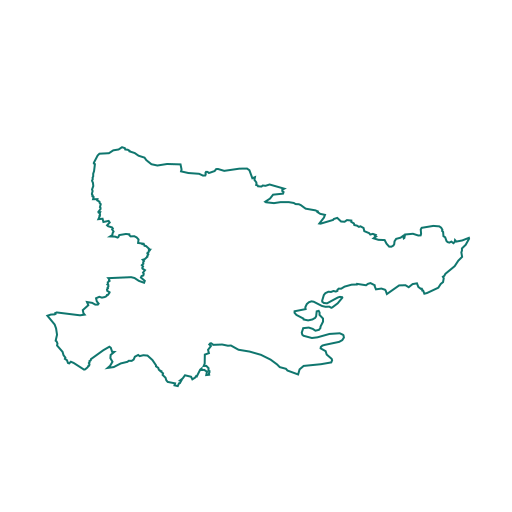 outline of Skedsmo nor, Akershus, Norway, rotated 354°
{"feature_id": "86288312B89021281635202", "entity_name": "Skedsmo nor", "entity_type": "district", "adm_level": 2, "iso_a3": "NOR", "parent_name": "Norway", "parent_adm1": "Akershus", "projection": "robinson", "projection_center": [11.011, 59.991], "detail": "fine", "context": "isolated", "style": "outline", "palette": "teal", "viewbox_px": 512, "rotation_deg": 354, "n_neighbors": 0, "source": "geoboundaries", "source_scale": "gbopen_adm2", "svg_char_len": 6111}
<svg xmlns="http://www.w3.org/2000/svg" viewBox="0 0 512 512"><g transform="rotate(354 256 256)"><path d="M285.5,378.2L287.5,373.3L291.9,370.3L309.3,370.4L319.7,369.7L320.8,367.7L320.5,366.2L316.0,361.4L315.3,357.9L310.6,354.6L311.0,353.2L312.7,352.0L315.1,351.6L329.7,350.1L333.0,348.7L334.9,346.3L334.7,344.0L334.2,343.4L331.2,341.6L320.9,341.2L308.6,343.3L303.0,343.4L294.9,340.3L293.8,339.1L293.5,337.0L295.4,332.7L301.0,332.7L304.8,334.4L307.3,336.5L310.9,336.0L312.5,334.4L312.8,332.9L315.8,328.3L316.1,325.2L313.0,321.2L313.3,318.9L312.6,317.1L310.6,317.4L309.5,322.2L308.4,323.7L305.5,325.0L301.1,325.5L296.7,324.1L296.6,323.2L290.0,318.8L288.4,316.5L288.6,315.0L299.8,314.0L299.7,312.1L301.5,309.1L303.8,307.5L306.4,306.9L308.6,307.5L316.4,312.6L319.9,313.8L323.5,314.0L325.5,315.4L326.5,315.1L332.3,311.6L337.5,306.5L337.4,306.0L335.2,305.4L333.1,305.8L321.7,310.5L318.5,309.8L317.1,308.4L317.1,307.4L319.4,301.9L321.1,300.2L324.3,299.1L326.8,299.6L329.4,298.9L331.7,299.7L333.3,299.2L333.5,298.1L334.9,297.1L337.3,297.4L340.9,295.7L348.1,294.5L353.4,294.9L353.6,294.3L362.4,296.6L364.4,295.4L367.0,294.9L371.0,297.5L370.9,298.5L371.8,301.7L377.3,301.5L380.7,303.0L381.3,303.8L382.2,307.5L395.3,300.2L401.6,300.7L404.6,303.0L408.8,300.3L413.2,300.0L414.2,303.7L416.5,305.9L417.4,305.8L417.9,306.7L417.7,307.7L418.7,308.1L419.5,311.1L422.2,310.7L434.0,306.6L436.8,303.1L439.3,301.5L440.4,297.7L439.7,296.2L441.2,295.4L442.5,293.5L452.5,286.9L456.7,281.8L460.9,278.4L460.6,273.9L461.4,272.1L461.6,270.0L465.7,266.8L469.7,261.1L469.6,260.2L462.7,262.1L456.8,262.6L455.6,261.0L455.1,262.8L453.7,263.9L451.8,262.1L449.7,262.9L448.0,262.2L447.0,261.0L446.1,257.2L444.5,255.9L444.6,251.6L443.7,250.5L444.1,249.4L443.1,247.2L441.4,245.7L435.5,244.6L423.7,245.3L422.6,246.9L422.5,251.2L421.9,252.7L419.6,252.6L414.4,250.3L406.5,250.2L405.4,253.6L404.8,253.9L404.5,251.3L401.7,252.9L397.2,253.6L395.3,255.9L394.7,258.7L393.7,260.0L391.6,260.9L389.4,260.6L387.1,257.4L385.6,253.6L379.4,252.7L374.8,250.7L377.5,249.1L376.4,248.3L377.2,247.5L374.5,246.2L371.9,246.6L370.9,245.1L366.3,242.6L365.9,239.4L363.0,237.4L361.4,237.8L359.5,236.3L357.0,235.5L356.8,233.9L354.3,232.0L354.5,230.7L350.2,229.8L347.7,231.2L344.2,230.6L340.8,226.6L337.3,227.3L336.4,228.2L323.6,230.6L322.4,230.3L327.6,224.9L328.9,222.3L324.3,220.8L321.7,218.7L322.1,218.1L319.8,216.8L310.3,214.1L305.8,210.0L304.0,209.0L300.8,208.5L299.1,207.2L294.4,205.9L285.8,205.0L279.4,205.3L271.5,203.6L270.8,203.0L275.9,200.4L279.4,196.8L289.4,196.8L290.1,195.3L288.9,194.1L289.1,192.8L291.1,192.0L277.0,186.3L272.8,187.2L270.1,186.6L268.7,187.5L265.3,186.9L265.0,186.0L263.6,185.4L264.1,183.8L264.0,182.8L262.4,180.1L263.2,177.5L260.5,178.3L258.4,170.0L256.2,168.1L248.6,167.4L233.3,168.0L227.3,165.5L225.5,165.4L223.7,167.2L219.0,168.3L217.8,168.5L216.6,167.3L215.1,167.1L214.4,168.1L214.6,169.3L214.0,170.6L211.7,170.5L208.0,168.3L197.4,166.4L190.3,164.0L191.0,162.1L190.5,157.0L177.2,155.2L167.4,155.7L161.6,153.8L157.0,149.3L155.4,146.5L149.7,144.0L146.1,140.9L141.1,138.7L141.2,138.1L139.5,136.9L137.1,136.4L136.8,135.0L134.1,133.8L130.5,135.7L125.1,136.0L120.5,138.4L111.0,137.9L109.0,139.5L104.5,146.3L104.4,147.0L105.4,147.8L103.8,154.7L102.7,157.1L102.4,159.8L101.6,161.2L101.7,162.4L100.8,164.0L101.5,166.2L101.5,169.4L99.9,172.7L100.3,174.3L99.3,177.0L99.3,177.9L100.0,178.6L99.6,179.6L100.7,180.4L99.9,182.5L104.3,182.9L103.9,184.1L106.0,185.6L106.0,186.8L107.0,188.2L105.9,191.1L106.4,191.8L106.3,193.0L103.8,195.7L104.0,196.3L105.6,196.2L105.0,197.6L105.2,198.8L104.5,199.7L104.8,200.0L103.1,202.9L107.3,202.9L107.8,206.2L113.1,205.7L114.0,207.4L111.1,209.9L112.0,210.9L115.8,212.5L116.5,213.7L115.7,214.5L116.9,216.8L115.8,218.3L115.3,220.2L113.0,221.3L117.9,222.0L120.2,223.2L121.0,222.9L122.2,220.9L128.9,220.5L132.3,221.2L132.3,222.2L133.4,223.4L137.0,223.6L139.2,225.0L140.9,227.3L140.1,230.7L144.9,231.9L144.6,232.4L145.9,232.7L146.2,234.2L147.7,234.6L149.9,237.1L150.4,237.7L150.2,238.3L151.0,238.5L150.5,238.8L150.8,239.4L150.0,239.8L149.4,241.3L148.5,241.4L148.2,242.2L149.0,243.2L147.7,244.9L147.9,245.4L145.0,247.5L143.0,247.9L144.1,249.3L143.1,250.4L143.2,251.9L141.5,253.2L142.6,254.6L141.6,256.0L141.9,256.8L144.1,258.5L141.9,260.7L142.5,262.0L141.9,263.6L140.1,264.0L139.3,265.4L142.8,269.1L141.9,270.9L136.9,268.5L132.9,265.2L129.6,264.0L106.8,262.6L107.6,263.8L107.2,264.9L107.7,265.5L105.8,266.7L105.8,268.3L105.3,268.8L106.1,269.3L106.0,271.0L105.1,271.9L105.4,272.7L104.3,273.6L104.4,275.1L106.6,276.8L106.3,277.4L104.7,279.2L103.7,279.2L103.1,280.3L101.3,281.0L98.4,281.3L95.9,280.2L92.5,281.3L92.9,284.4L94.5,286.9L93.6,287.8L91.0,287.5L88.2,285.5L83.1,284.1L84.1,287.4L78.1,291.7L78.4,294.9L79.4,296.4L74.8,296.6L51.9,291.3L50.4,291.8L50.6,292.6L49.7,293.0L45.9,292.8L42.3,293.6L48.6,303.1L49.6,307.1L49.9,313.5L47.9,319.3L48.8,320.2L49.4,322.3L48.8,324.2L53.6,331.1L54.2,334.5L55.8,337.2L55.2,338.3L57.1,339.9L57.8,342.7L59.0,343.3L60.8,341.8L63.5,343.3L73.1,351.0L74.2,350.9L76.9,349.1L77.9,347.6L78.6,347.6L79.1,346.2L78.6,345.0L79.4,344.2L79.4,343.1L80.7,342.5L81.1,341.3L94.4,333.7L100.7,330.9L102.0,332.1L102.9,336.2L105.0,336.6L101.1,339.2L100.5,342.4L102.2,346.2L99.4,350.0L96.8,351.8L102.9,351.6L110.3,348.7L117.1,347.8L118.5,346.9L121.4,347.3L123.5,346.2L125.0,343.5L128.5,342.1L129.8,343.4L133.6,342.9L137.7,343.7L142.1,348.6L145.2,354.4L145.0,355.3L147.1,357.0L147.5,359.0L149.4,360.4L149.0,360.6L151.3,363.0L150.7,364.5L153.3,367.6L153.8,370.2L155.0,372.0L162.2,374.2L161.4,376.1L164.6,377.2L166.1,374.6L167.0,374.5L168.7,372.1L167.6,371.8L170.3,370.1L172.9,367.2L178.8,369.3L179.8,372.0L182.7,370.6L183.9,369.2L184.5,369.6L188.6,363.2L190.1,362.2L190.0,363.7L192.7,363.9L195.1,366.0L194.1,369.2L197.0,369.2L196.9,367.5L197.5,367.0L197.7,365.6L196.7,365.2L197.1,362.6L195.1,360.1L192.5,359.9L193.7,357.7L194.8,348.7L199.0,347.7L198.5,344.3L201.8,340.8L200.3,339.1L201.4,338.1L202.3,338.1L204.3,339.9L213.1,340.5L218.7,342.3L221.7,342.4L228.8,347.4L239.7,350.4L250.6,354.8L259.7,360.6L265.6,366.0L268.0,369.0L274.0,371.3L275.3,373.2L285.5,378.2Z" fill="none" stroke="#0f766e" stroke-width="2"/></g></svg>